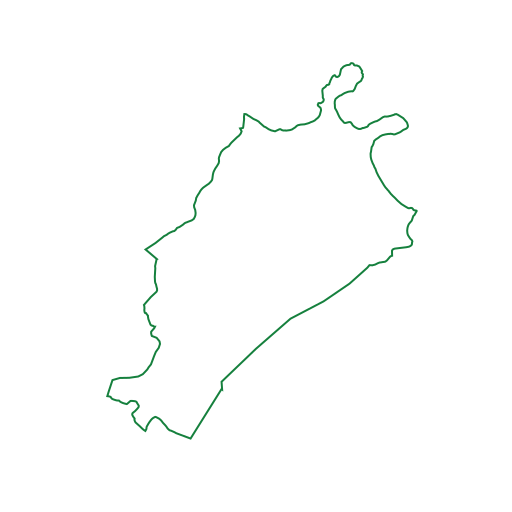 Monchy/Mount Layau, Gros Islet, Saint Lucia, rotated 341°
{"feature_id": "8701671B54690332526022", "entity_name": "Monchy/Mount Layau", "entity_type": "district", "adm_level": 2, "iso_a3": "LCA", "parent_name": "Saint Lucia", "parent_adm1": "Gros Islet", "projection": "mercator", "projection_center": [-60.92, 14.069], "detail": "fine", "context": "isolated", "style": "outline", "palette": "green", "viewbox_px": 512, "rotation_deg": 341, "n_neighbors": 0, "source": "geoboundaries", "source_scale": "gbopen_adm2", "svg_char_len": 6113}
<svg xmlns="http://www.w3.org/2000/svg" viewBox="0 0 512 512"><g transform="rotate(341 256 256)"><path d="M153.7,213.9L161.3,226.7L160.7,226.8L160.6,227.3L157.3,232.7L156.8,234.8L153.5,242.8L152.2,247.3L152.0,248.9L152.2,250.2L151.9,252.7L151.8,254.7L151.3,256.3L150.3,257.4L143.1,260.6L134.1,265.8L134.1,266.9L133.5,269.2L132.8,270.7L132.4,272.7L132.6,273.8L133.5,274.3L133.6,275.0L134.4,277.3L134.1,278.1L133.7,280.7L133.9,286.5L134.5,287.6L135.3,288.2L135.7,288.3L136.1,288.9L136.3,289.0L137.0,289.9L137.4,290.0L136.3,291.1L132.3,293.4L131.7,294.8L131.5,296.5L131.5,297.7L135.4,301.0L137.0,305.3L136.6,307.9L134.1,311.2L130.0,314.1L127.1,317.4L121.4,324.3L118.2,326.3L116.3,327.9L110.5,330.9L105.4,331.6L96.5,329.9L87.6,327.0L79.9,326.6L72.6,336.2L69.8,340.1L71.2,340.8L72.6,341.8L73.0,343.3L73.5,344.3L74.9,345.5L76.9,347.0L77.9,347.5L79.3,348.0L80.2,349.6L80.8,350.3L82.3,351.7L83.7,352.7L85.5,353.9L85.9,353.9L90.1,352.2L91.5,352.6L94.1,353.8L95.0,354.4L95.6,355.3L95.7,356.4L96.2,358.4L96.4,359.4L96.0,360.3L95.6,360.8L93.8,361.9L91.1,363.3L88.8,364.1L88.0,364.5L87.5,365.2L87.3,365.9L87.4,366.9L87.8,368.7L88.3,370.1L88.2,370.5L87.8,371.1L87.7,371.5L87.7,372.8L87.9,374.1L89.9,377.7L90.6,378.9L92.3,382.3L93.2,383.8L94.4,385.4L95.4,384.5L96.1,383.8L96.7,382.4L97.2,381.7L99.7,379.5L101.1,378.4L103.6,376.7L104.8,376.1L106.2,375.6L108.3,375.3L109.1,375.8L111.3,378.1L112.2,379.5L112.9,380.9L113.7,383.4L115.1,386.5L115.7,388.1L116.3,390.4L117.5,392.6L118.8,393.5L121.6,396.1L122.8,397.5L134.7,407.3L180.1,370.6L180.5,371.2L182.5,363.7L225.8,343.7L268.2,326.5L305.1,320.9L335.4,312.6L357.5,303.3L360.3,301.6L363.0,302.7L363.7,302.7L364.4,302.8L366.0,302.9L368.7,302.5L370.7,302.4L372.0,302.7L373.4,302.9L375.9,303.4L376.6,303.4L378.4,302.8L382.6,300.3L383.5,300.1L384.5,299.9L384.8,300.0L384.9,299.7L386.3,295.3L387.3,294.4L388.3,294.2L389.6,294.2L395.7,295.5L400.8,296.6L403.6,297.0L404.5,296.9L405.3,296.8L406.3,296.4L407.0,296.0L407.5,295.1L407.8,294.3L408.6,293.1L408.6,292.6L408.4,291.5L407.7,290.3L407.1,288.4L406.5,285.8L406.5,284.6L406.6,283.6L407.2,281.2L408.3,278.9L409.0,277.8L410.0,276.5L410.9,275.6L412.6,274.5L414.3,273.6L415.0,273.0L417.1,270.2L417.9,269.3L419.2,268.8L421.1,267.1L422.4,266.0L422.6,265.7L422.5,265.4L421.9,265.0L420.5,264.3L420.2,263.9L419.9,263.6L419.8,263.0L419.3,261.7L418.9,261.3L418.0,260.9L416.2,260.7L415.3,260.1L413.3,257.8L410.4,254.2L407.9,249.8L406.2,246.1L404.9,243.7L404.0,241.7L403.8,241.4L403.4,240.3L403.2,239.4L402.8,238.7L402.7,237.9L402.0,236.5L401.8,235.8L400.7,233.2L400.0,230.6L399.5,228.1L399.2,226.8L399.0,225.8L397.8,220.1L397.3,216.1L397.3,212.4L396.9,210.5L396.9,208.8L396.7,207.5L396.5,206.1L396.4,202.3L396.7,199.8L397.6,196.7L398.0,195.9L398.6,195.0L400.8,190.7L401.8,190.0L403.3,188.5L405.3,185.6L407.5,184.7L408.5,184.5L410.4,184.0L412.2,183.3L414.9,182.9L418.1,183.2L421.0,183.7L422.2,184.1L422.7,184.1L424.6,185.0L425.7,185.8L426.9,186.2L432.1,185.9L433.2,185.7L436.4,184.7L438.6,184.6L439.4,184.5L440.4,184.2L441.0,183.8L441.7,183.2L442.1,182.1L442.2,179.3L441.9,177.9L441.6,177.4L441.2,176.3L440.1,173.6L436.1,168.6L434.7,167.4L433.8,167.4L433.2,167.2L432.7,167.4L428.7,167.3L427.4,167.1L426.6,167.1L424.5,166.6L423.4,166.1L422.9,166.0L421.0,166.1L417.3,167.2L414.3,167.8L412.5,167.6L410.6,167.7L407.1,168.1L405.7,168.5L404.9,168.9L404.1,169.7L403.3,170.0L400.0,170.0L398.9,169.9L398.5,169.7L397.0,169.9L395.8,169.8L394.5,169.3L394.1,169.0L393.1,168.1L391.4,166.2L391.1,165.7L390.8,165.3L390.0,163.8L389.7,162.1L389.0,160.3L388.0,159.8L387.0,159.6L384.3,159.4L383.3,159.1L382.8,158.7L382.5,158.3L382.0,156.8L381.4,155.7L381.2,155.1L380.9,154.6L380.7,153.8L380.3,152.5L380.1,151.4L379.8,148.9L379.6,146.1L379.3,144.1L379.0,142.8L378.9,141.9L379.2,140.6L379.8,138.7L380.0,137.6L380.7,135.7L381.9,133.9L382.6,133.3L385.9,132.1L387.4,131.7L389.2,131.7L390.3,131.3L392.8,130.8L396.4,130.7L397.9,130.9L400.2,131.4L401.0,131.8L401.7,131.6L403.7,130.2L405.7,127.8L407.7,125.9L410.4,125.1L412.1,124.7L412.7,124.3L414.0,122.8L414.8,122.2L415.5,121.3L415.5,120.7L415.7,119.8L416.2,119.2L416.1,118.4L415.7,117.5L415.7,116.9L416.2,116.0L416.6,115.7L415.6,111.3L415.2,110.3L413.4,108.7L411.5,108.0L410.9,107.4L410.9,106.4L410.4,105.5L409.3,104.8L408.3,104.7L407.0,105.6L406.2,105.6L404.1,105.1L402.7,105.1L400.4,105.4L397.2,107.1L394.3,111.9L393.0,112.9L391.8,113.2L390.9,113.2L390.0,112.5L389.5,110.9L389.0,110.6L387.3,111.0L385.8,112.0L384.5,113.4L383.5,114.3L382.5,115.7L381.5,116.7L381.2,117.4L380.4,117.7L378.8,117.4L377.9,117.8L376.9,118.6L374.3,119.4L373.4,119.8L372.5,121.3L371.3,126.4L370.8,127.6L370.8,128.9L371.0,129.3L370.9,130.4L370.2,131.4L369.3,132.1L368.2,132.3L367.7,132.5L366.5,132.5L365.5,131.9L365.2,132.0L364.7,131.9L363.6,133.2L363.6,134.1L365.2,136.8L365.2,138.3L364.9,139.5L362.2,143.5L360.6,144.9L360.2,145.0L359.3,145.6L358.0,146.0L355.6,147.0L353.4,147.3L351.2,147.3L349.8,147.5L348.2,147.5L344.8,147.3L341.0,146.3L338.3,146.0L336.7,146.3L335.1,147.1L331.1,148.1L329.0,148.0L325.1,147.2L324.6,146.8L323.1,146.4L321.7,145.6L320.4,144.1L319.5,143.8L314.6,144.3L311.3,142.2L309.2,140.2L307.0,137.3L305.8,136.3L302.7,130.8L302.4,129.9L300.5,127.7L298.2,125.6L295.2,121.6L294.4,120.8L293.2,119.1L292.5,118.5L291.2,118.0L290.0,120.4L289.5,121.9L289.5,122.3L289.0,123.4L285.9,129.9L285.6,130.4L285.2,130.7L282.5,130.2L283.0,133.4L281.4,135.3L279.1,136.7L276.6,137.6L269.7,140.8L268.2,141.7L266.1,143.2L262.7,143.8L259.4,144.9L256.9,146.4L255.0,148.5L253.2,150.6L252.6,151.7L252.3,153.0L251.9,154.4L250.9,156.1L248.7,158.0L246.0,160.0L244.0,161.9L243.0,163.0L241.8,164.9L240.0,168.5L239.4,169.5L239.2,169.8L237.7,170.9L234.7,172.4L233.7,172.6L228.9,174.0L227.8,174.4L225.9,175.4L224.1,176.7L223.2,177.6L220.5,179.7L218.9,181.2L218.4,181.6L217.1,184.0L213.9,187.8L213.4,189.8L213.5,192.7L212.9,195.7L212.0,197.7L210.9,199.1L209.2,200.7L206.8,201.4L202.9,201.5L201.7,201.6L200.1,201.6L199.1,201.8L197.2,202.6L193.4,203.6L192.4,203.7L191.0,203.7L190.4,203.8L188.6,205.1L186.9,205.8L185.3,205.6L182.0,205.9L180.1,206.3L178.4,206.9L175.4,207.3L173.7,208.0L165.2,211.0L153.7,213.9Z" fill="none" stroke="#15803d" stroke-width="2"/></g></svg>